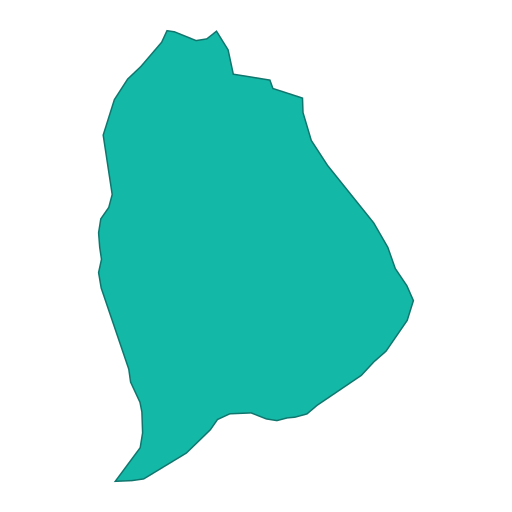 the border of Raymah
{"feature_id": "YEM-3499", "entity_name": "Raymah", "entity_type": "Governorate", "adm_level": 1, "iso_a3": "YEM", "parent_name": "Yemen", "parent_adm1": "", "projection": "robinson", "projection_center": [43.709, 14.654], "detail": "fine", "context": "isolated", "style": "filled", "palette": "teal", "viewbox_px": 512, "rotation_deg": 0, "n_neighbors": 0, "source": "natural_earth", "source_scale": "10m", "svg_char_len": 786}
<svg xmlns="http://www.w3.org/2000/svg" viewBox="0 0 512 512"><path d="M167.0,30.7L174.4,31.8L196.1,40.6L206.8,38.9L216.5,31.2L228.1,49.9L233.3,74.2L269.9,80.1L272.9,88.5L302.5,98.1L303.0,112.6L311.3,140.5L327.6,165.5L373.7,222.9L387.8,247.3L395.3,268.6L406.9,285.8L413.4,300.6L407.2,320.4L386.0,351.2L373.9,361.8L361.4,375.3L317.1,405.3L307.0,413.9L294.9,417.2L287.2,417.9L276.9,420.6L266.3,418.9L251.1,412.9L229.8,413.8L217.5,419.5L210.3,429.8L186.4,453.0L143.7,478.9L131.9,480.6L115.3,481.3L140.2,447.7L142.6,432.9L141.9,412.0L140.0,402.3L130.6,382.1L128.8,369.2L101.2,288.0L98.6,272.6L101.5,259.3L99.7,247.2L98.6,232.8L100.8,218.9L108.8,207.4L112.2,194.5L103.2,135.1L114.4,99.6L127.7,79.0L140.9,66.5L161.7,42.2L167.0,30.7Z" fill="#14b8a6" stroke="#0f766e" stroke-width="1.5"/></svg>